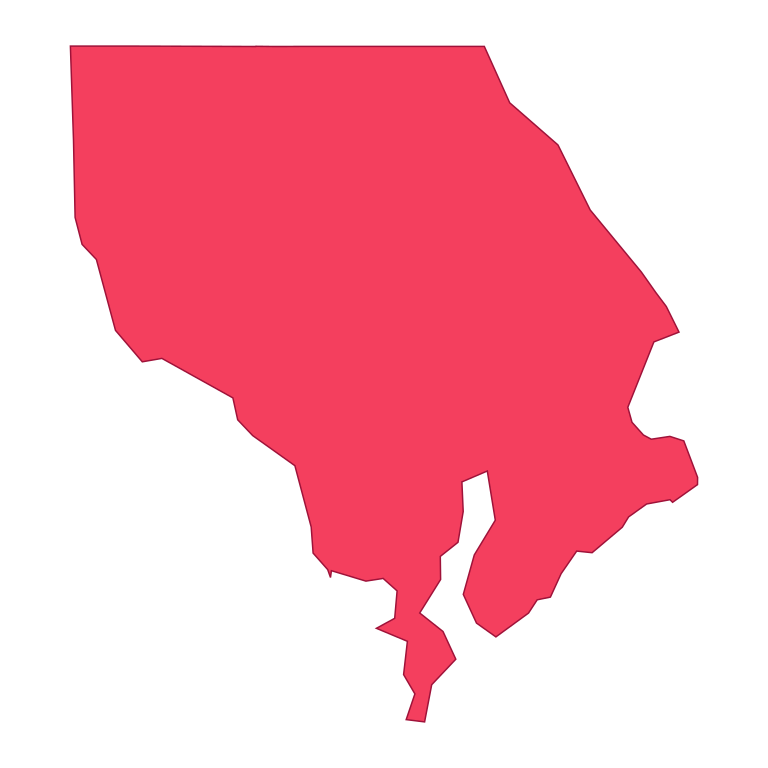 Harford, Maryland, United States of America (Albers equal-area conic projection)
{"feature_id": "52423323B62898369623051", "entity_name": "Harford", "entity_type": "district", "adm_level": 2, "iso_a3": "USA", "parent_name": "United States of America", "parent_adm1": "Maryland", "projection": "albers", "projection_center": [-76.28, 39.511], "detail": "fine", "context": "isolated", "style": "filled", "palette": "rose", "viewbox_px": 768, "rotation_deg": 0, "n_neighbors": 0, "source": "geoboundaries", "source_scale": "gbopen_adm2", "svg_char_len": 1134}
<svg xmlns="http://www.w3.org/2000/svg" viewBox="0 0 768 768"><path d="M330.5,577.5L331.4,570.7L339.4,573.1L365.9,581.1L381.5,578.7L383.1,578.4L397.1,590.9L394.7,618.3L376.4,628.3L377.3,628.7L407.4,641.3L403.6,674.6L414.9,693.9L406.2,719.6L424.6,721.9L431.7,684.7L455.8,659.2L443.0,631.5L419.7,613.0L440.6,579.5L440.3,556.4L458.0,542.3L463.2,511.5L461.9,481.9L487.3,471.0L495.3,520.2L474.3,554.9L463.3,594.4L476.5,623.1L495.9,636.9L528.5,613.1L537.2,599.8L550.4,597.1L561.1,573.7L576.7,551.1L592.1,552.7L622.3,527.2L628.6,516.9L646.6,504.0L670.0,499.7L672.6,502.3L697.5,484.6L697.6,477.4L683.8,440.9L669.9,436.4L651.3,439.2L643.4,435.0L632.0,422.3L627.8,407.3L653.9,341.9L679.0,332.1L666.3,306.5L655.7,292.4L641.4,272.1L590.2,210.0L558.0,145.0L509.7,102.8L484.3,46.4L484.1,46.4L476.4,46.4L303.3,46.4L302.7,46.4L284.2,46.5L273.5,46.5L255.8,46.3L255.7,46.5L226.8,46.4L165.7,46.2L134.7,46.1L70.4,46.1L73.5,140.2L75.1,217.4L82.1,244.4L96.4,259.5L115.5,330.4L142.3,361.8L161.9,358.4L232.9,397.9L237.7,419.8L252.7,435.6L294.9,465.7L311.2,527.0L313.1,553.1L327.7,569.6L330.5,577.5Z" fill="#f43f5e" stroke="#9f1239" stroke-width="1.5"/></svg>